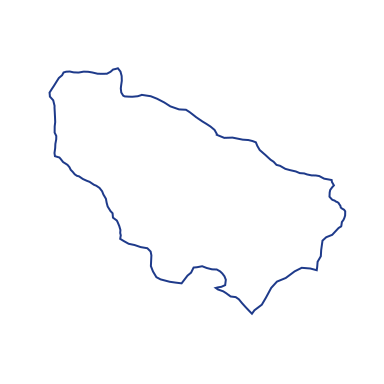 Qabala District, Qəbələ, Azerbaijan (orthographic projection), rotated 98°
{"feature_id": "54616110B33746839775993", "entity_name": "Qabala District", "entity_type": "district", "adm_level": 2, "iso_a3": "AZE", "parent_name": "Azerbaijan", "parent_adm1": "Qəbələ", "projection": "orthographic", "projection_center": [47.798, 40.94], "detail": "fine", "context": "isolated", "style": "outline", "palette": "blue", "viewbox_px": 384, "rotation_deg": 98, "n_neighbors": 0, "source": "geoboundaries", "source_scale": "gbopen_adm2", "svg_char_len": 2633}
<svg xmlns="http://www.w3.org/2000/svg" viewBox="0 0 384 384"><g transform="rotate(98 192 192)"><path d="M205.3,39.5L204.3,39.4L200.9,39.4L198.5,38.1L196.4,37.5L194.0,37.1L191.3,37.4L189.8,37.6L188.4,38.9L187.5,41.2L186.7,42.5L184.9,43.2L183.8,44.3L182.5,45.3L181.8,46.6L181.5,48.0L180.6,49.7L180.4,51.2L180.0,52.3L178.4,54.2L177.5,55.2L173.2,55.6L170.7,55.4L167.9,53.9L165.7,52.4L162.6,54.8L161.7,55.1L160.7,55.4L160.4,63.0L158.5,68.2L158.4,71.7L158.9,75.9L158.6,80.5L158.0,83.5L158.3,87.9L157.2,92.1L156.7,98.0L156.1,102.8L153.8,108.5L153.4,112.1L150.7,115.4L149.1,118.7L147.6,120.9L145.1,124.5L143.5,127.0L141.0,130.8L137.3,133.7L133.9,135.7L133.1,139.3L132.7,143.4L133.1,149.1L132.5,159.5L133.9,167.6L131.9,175.5L131.1,175.5L127.4,178.3L124.6,182.8L122.5,187.3L120.7,191.5L117.3,198.4L116.8,199.2L113.2,205.5L111.4,209.4L112.0,216.3L110.2,225.4L107.2,231.9L104.5,239.6L102.9,246.2L102.8,255.3L103.2,255.9L104.7,259.0L106.0,264.4L106.4,268.1L106.7,271.9L106.2,273.5L103.3,275.9L99.5,276.9L97.0,277.0L94.3,277.0L91.6,277.0L86.9,277.8L82.7,279.6L79.8,282.6L80.4,283.9L81.0,285.3L81.7,287.2L84.3,289.4L86.7,292.7L87.5,297.5L88.0,302.0L87.5,307.5L87.4,311.5L87.9,316.1L89.5,320.9L90.0,326.0L89.7,329.8L90.4,333.4L91.5,335.8L94.5,336.9L97.6,339.7L101.1,341.3L106.3,343.6L109.4,345.1L113.4,346.9L116.3,346.2L117.3,346.0L120.5,342.2L125.8,340.1L127.6,339.9L131.6,339.1L136.8,338.1L141.8,337.2L146.1,337.1L152.3,336.3L155.4,334.2L158.7,333.8L163.4,334.0L167.6,333.6L172.5,333.6L172.9,333.5L175.6,332.7L176.3,328.1L177.6,326.6L180.3,323.8L181.5,321.1L182.5,319.0L184.5,316.8L186.9,315.2L188.6,313.0L190.8,310.6L192.0,308.2L192.2,306.1L194.3,301.9L195.5,297.9L196.2,294.8L198.5,290.1L199.1,287.7L200.8,284.2L203.8,281.1L206.8,279.4L210.7,276.3L214.6,275.0L218.1,273.5L222.3,270.0L224.1,267.7L228.4,266.7L230.7,262.5L232.3,261.4L235.8,259.3L239.6,257.6L242.6,257.4L244.8,256.5L248.4,256.6L250.0,252.9L252.1,247.5L252.5,241.5L253.7,235.2L253.9,228.4L256.7,224.7L260.4,223.4L271.1,222.4L276.1,219.6L281.3,215.4L282.9,211.0L284.0,201.6L284.0,195.6L283.9,189.6L275.4,184.8L272.0,181.7L266.6,179.9L265.8,176.6L264.1,171.6L265.2,166.9L265.8,161.4L265.3,156.7L266.7,153.1L268.5,150.6L271.0,148.1L274.2,146.3L279.6,146.2L281.8,149.7L282.8,153.0L283.7,155.1L284.9,152.8L286.0,147.3L287.3,144.4L290.1,139.2L290.0,134.1L291.7,130.7L295.1,127.0L298.7,122.7L301.4,119.3L304.2,115.7L300.4,113.7L293.9,107.2L286.4,104.1L275.9,100.2L268.9,95.4L264.1,87.2L256.3,79.3L251.8,72.8L251.3,64.2L252.1,57.6L248.9,57.6L243.6,57.9L237.7,55.5L231.4,56.0L222.0,56.0L218.1,52.8L214.9,47.2L207.2,41.8L205.3,39.5Z" fill="none" stroke="#1e3a8a" stroke-width="2"/></g></svg>